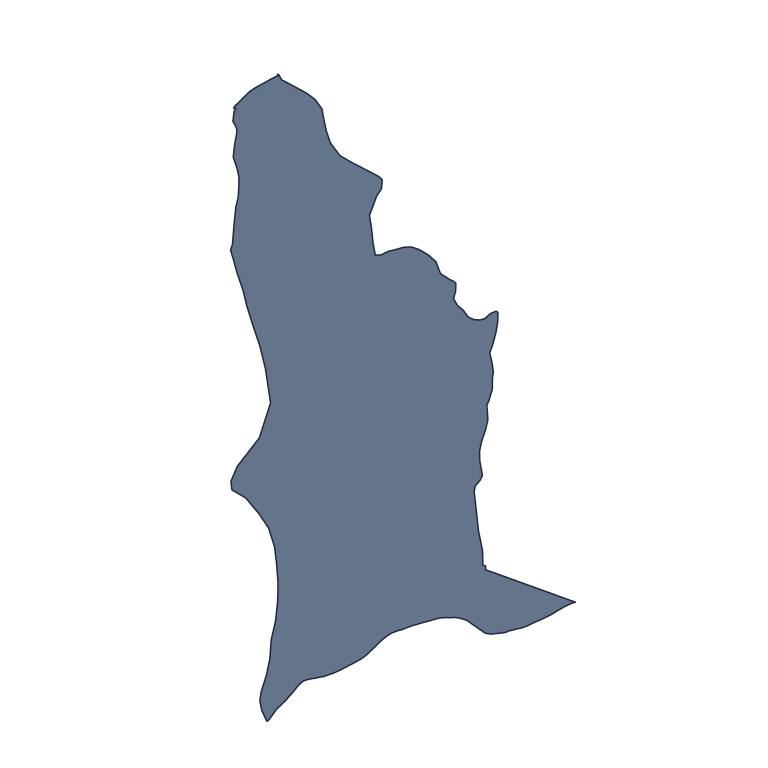 the district of Monchy/Malgretoute, Dauphin, Saint Lucia, rotated 263°
{"feature_id": "8701671B92631226508247", "entity_name": "Monchy/Malgretoute", "entity_type": "district", "adm_level": 2, "iso_a3": "LCA", "parent_name": "Saint Lucia", "parent_adm1": "Dauphin", "projection": "orthographic", "projection_center": [-60.922, 14.041], "detail": "fine", "context": "isolated", "style": "filled", "palette": "slate", "viewbox_px": 768, "rotation_deg": 263, "n_neighbors": 0, "source": "geoboundaries", "source_scale": "gbopen_adm2", "svg_char_len": 6083}
<svg xmlns="http://www.w3.org/2000/svg" viewBox="0 0 768 768"><g transform="rotate(263 384 384)"><path d="M63.7,226.5L63.8,227.9L68.9,232.8L69.5,233.3L70.2,234.0L70.9,234.6L71.5,235.3L72.1,235.8L73.1,236.5L73.7,237.2L74.8,238.4L75.6,239.6L76.3,240.4L77.0,241.5L77.4,242.1L78.1,242.9L78.9,243.8L79.5,244.5L79.8,244.9L80.1,245.3L80.4,245.9L81.0,246.6L81.6,247.5L82.2,248.3L83.0,249.1L83.6,249.8L83.9,250.2L84.8,251.0L85.2,251.4L85.9,252.2L86.3,252.7L86.6,253.1L86.9,253.6L87.6,254.3L88.1,255.0L89.2,255.9L89.9,256.8L90.6,257.6L91.0,257.9L91.7,258.6L92.0,259.0L92.4,259.3L93.2,260.1L93.7,260.6L94.2,261.3L94.7,261.6L95.6,262.9L96.1,263.5L96.5,264.1L96.9,264.5L97.7,265.7L98.1,266.1L98.3,266.6L98.6,267.2L98.9,267.8L99.3,269.0L99.5,269.9L99.7,270.6L99.9,271.8L99.9,272.6L100.0,273.3L100.2,274.6L100.2,276.0L100.3,276.8L100.3,277.3L100.3,278.3L100.4,279.1L100.3,279.8L100.5,280.9L100.6,281.9L100.6,283.0L100.8,284.3L100.9,285.3L101.0,286.3L100.9,287.0L100.9,287.7L101.2,289.5L101.4,290.3L101.5,290.9L101.8,292.1L102.0,292.9L102.3,294.1L102.5,295.2L102.7,296.2L102.9,297.3L103.2,298.3L103.5,299.5L103.8,300.7L104.1,301.8L104.3,302.3L104.6,303.3L104.8,303.8L105.1,304.7L105.8,306.9L106.2,308.0L106.6,308.8L106.9,309.5L107.2,310.4L107.4,311.0L107.7,311.9L107.9,312.7L108.1,313.1L108.4,313.6L108.6,314.0L108.8,314.5L109.0,315.1L109.6,316.9L109.8,317.4L110.0,318.0L110.2,318.6L110.8,320.1L111.1,320.8L111.3,321.3L111.7,322.4L112.1,323.4L112.3,323.9L112.8,324.9L113.0,325.7L113.2,326.1L113.4,326.6L113.6,327.2L114.1,328.2L114.4,328.7L114.6,329.1L114.9,329.6L115.2,330.2L115.5,330.7L116.0,331.6L116.2,332.0L116.6,332.6L117.0,333.2L117.4,333.9L117.9,334.7L118.3,335.2L118.9,336.0L119.5,336.6L120.0,337.4L120.6,338.0L121.3,339.1L121.9,340.0L122.3,340.6L122.9,341.2L123.2,341.6L123.9,342.6L124.2,343.0L125.1,344.2L125.4,344.6L125.9,345.1L126.5,345.8L127.1,346.7L128.4,348.3L128.8,349.0L129.2,349.4L129.5,349.9L129.8,350.4L130.3,351.1L130.9,352.0L131.4,352.7L131.7,353.3L132.0,353.8L132.4,354.4L132.7,355.1L133.2,355.7L133.7,356.6L134.1,357.4L134.3,357.9L134.5,358.3L135.1,359.4L135.3,359.9L135.9,361.6L136.1,362.2L136.3,362.8L136.4,363.4L136.6,363.9L136.9,365.5L137.1,366.5L137.4,367.7L137.6,368.3L137.8,369.3L137.7,369.9L138.0,371.5L138.1,372.2L138.7,374.8L138.9,375.2L139.2,376.5L139.5,377.7L139.7,378.4L140.0,379.6L140.2,380.3L140.4,381.6L140.6,382.4L140.8,383.1L140.8,383.9L141.1,384.6L141.2,386.4L141.3,387.2L141.5,388.2L141.7,389.0L141.9,389.8L141.9,390.4L142.1,391.3L142.1,391.9L142.2,392.5L142.7,394.6L142.7,395.2L142.8,396.2L143.0,397.3L143.0,398.0L143.1,398.7L143.3,399.6L143.3,400.2L143.5,401.5L143.7,402.1L143.9,403.2L144.0,404.1L144.2,405.1L144.2,406.2L144.5,407.2L144.7,408.4L144.6,408.9L144.9,410.6L144.9,412.8L144.9,413.3L144.9,414.1L144.6,415.4L144.6,416.1L144.6,417.4L144.4,418.5L144.3,419.1L144.1,419.8L144.0,420.9L143.9,421.6L143.9,422.1L143.7,423.5L143.7,424.1L143.7,425.1L143.7,425.7L143.6,426.3L143.5,426.9L143.0,428.1L142.6,429.8L142.0,431.3L141.8,431.7L141.6,432.4L141.3,433.2L141.0,433.6L140.7,434.5L140.2,435.6L139.9,436.2L139.6,437.0L139.3,437.6L138.7,438.2L137.7,439.2L137.3,439.6L136.6,440.3L136.3,440.8L135.7,441.4L135.3,441.9L134.8,442.4L133.7,443.6L133.4,444.0L132.7,444.8L131.7,445.9L131.3,446.3L130.9,446.7L130.0,447.7L129.5,448.2L129.1,448.7L128.2,449.5L127.7,450.3L126.7,451.4L125.7,452.5L124.7,453.7L124.4,454.2L123.9,455.3L123.6,456.3L123.4,457.1L123.2,457.8L123.0,458.6L122.8,459.6L122.7,460.2L122.7,463.0L122.6,465.4L122.6,467.6L122.4,468.9L122.6,470.1L122.5,471.4L122.6,472.1L122.6,472.9L122.7,474.3L122.7,474.8L123.0,475.9L123.3,476.6L123.6,477.5L123.8,478.5L123.8,479.3L123.9,480.1L124.0,481.1L124.1,481.8L124.2,482.8L124.3,483.4L124.5,485.0L124.7,486.3L124.7,487.0L124.8,488.0L124.9,489.0L125.0,490.1L125.5,492.8L125.7,493.7L125.9,494.5L126.0,495.0L126.2,495.9L126.4,496.6L126.8,497.9L127.2,499.1L127.4,499.5L127.6,500.1L127.9,500.9L128.1,501.4L128.4,502.3L128.6,502.8L129.0,504.3L129.3,505.1L129.6,506.0L130.0,507.7L130.8,510.3L131.3,511.9L131.8,513.4L132.0,514.0L132.5,515.3L133.1,517.3L133.3,518.0L133.5,518.4L133.7,519.0L134.2,520.4L134.7,521.8L134.9,522.2L135.4,523.3L135.7,523.9L135.9,524.3L136.1,524.8L136.3,525.3L136.7,526.0L137.1,526.9L137.7,528.0L138.0,528.9L138.3,529.4L138.5,529.9L139.3,532.3L139.5,532.7L139.7,533.1L139.9,533.6L140.1,534.0L140.4,534.6L140.7,535.4L141.0,536.0L141.3,536.9L141.8,538.5L142.2,539.5L142.7,541.0L142.9,541.9L143.1,542.6L143.4,543.4L143.6,544.3L143.8,545.2L144.0,546.6L143.9,547.8L187.2,462.3L190.9,462.7L192.3,460.1L206.7,461.5L226.7,459.9L250.0,460.2L266.2,460.4L271.7,462.2L276.5,467.5L281.3,470.6L295.8,469.7L305.8,470.7L315.1,473.9L326.6,479.4L335.7,482.7L342.4,483.2L350.6,483.5L354.4,486.0L365.7,490.9L374.7,492.1L375.9,492.2L383.2,494.1L392.5,493.8L402.0,492.8L411.1,497.3L422.4,501.7L431.9,504.5L441.1,505.8L442.6,504.2L441.0,498.3L436.7,492.2L435.8,487.3L437.1,480.5L438.3,479.2L438.5,478.0L440.8,475.4L447.4,471.8L452.8,466.6L460.3,463.4L467.4,466.4L474.9,467.6L476.9,466.2L480.4,461.1L486.7,453.5L499.0,450.5L506.6,443.8L513.1,435.4L516.6,428.1L517.3,420.1L515.6,409.2L515.3,405.0L512.4,396.3L513.1,391.1L525.2,390.3L542.3,390.6L553.0,390.1L571.5,399.7L577.9,405.2L586.8,407.2L590.6,404.1L599.5,391.2L608.4,378.2L616.1,368.0L629.8,360.2L642.0,357.6L657.4,356.3L664.5,356.0L674.9,350.2L682.1,342.6L689.4,332.4L698.4,319.5L704.1,317.1L704.3,316.0L702.9,316.1L700.0,307.7L698.7,304.8L695.8,297.4L693.4,291.7L690.8,286.5L684.3,277.9L680.8,273.7L678.0,269.7L676.2,268.6L675.8,270.3L672.4,268.3L663.0,266.0L658.7,268.0L658.1,268.0L656.8,268.6L653.8,268.9L648.7,267.8L640.6,265.1L627.6,262.0L615.4,264.5L606.9,265.2L599.5,264.3L587.1,262.0L577.3,258.4L561.9,254.9L544.6,251.3L541.0,250.6L535.7,248.0L523.2,250.1L510.9,251.9L494.2,255.5L478.4,257.3L458.2,261.0L436.2,265.5L413.4,268.2L379.1,269.1L345.7,253.7L320.2,228.4L306.1,220.2L297.3,220.2L287.7,232.9L270.9,243.8L255.1,251.9L235.8,255.5L219.1,255.5L199.7,254.6L186.6,252.8L184.9,252.4L181.4,252.0L161.8,247.4L143.9,240.9L125.2,237.2L109.1,231.7L93.1,224.4L84.3,222.1L74.9,222.9L63.7,226.5Z" fill="#64748b" stroke="#1e293b" stroke-width="1.5"/></g></svg>